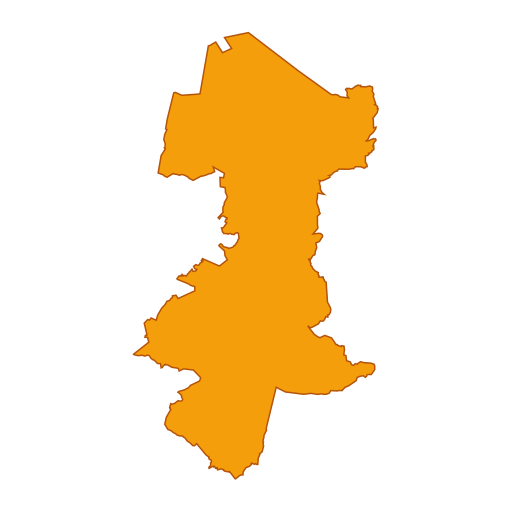 Tlaxco, Tlaxcala, Mexico, rotated 91°
{"feature_id": "50627088B58277069964164", "entity_name": "Tlaxco", "entity_type": "district", "adm_level": 2, "iso_a3": "MEX", "parent_name": "Mexico", "parent_adm1": "Tlaxcala", "projection": "albers", "projection_center": [-98.132, 19.62], "detail": "fine", "context": "isolated", "style": "filled", "palette": "amber", "viewbox_px": 512, "rotation_deg": 91, "n_neighbors": 0, "source": "geoboundaries", "source_scale": "gbopen_adm2", "svg_char_len": 6127}
<svg xmlns="http://www.w3.org/2000/svg" viewBox="0 0 512 512"><g transform="rotate(91 256 256)"><path d="M70.5,216.4L32.8,267.5L38.1,291.3L48.9,284.0L53.3,293.0L42.8,300.0L46.5,306.2L46.7,307.3L94.7,314.8L95.2,316.9L96.6,333.0L93.8,339.6L94.3,341.1L120.1,347.0L130.5,348.6L131.2,347.3L136.0,349.4L141.3,350.2L145.3,348.7L149.1,348.9L149.4,349.5L150.5,348.5L157.2,352.6L174.7,355.3L176.6,349.9L177.6,349.0L178.8,346.3L174.9,340.1L175.6,339.1L175.7,336.8L176.6,334.0L175.9,332.2L176.0,330.1L177.9,325.8L179.3,324.5L181.5,320.2L177.4,312.8L176.4,308.5L174.7,304.7L174.4,302.8L172.4,298.8L167.7,300.3L173.9,289.0L178.3,289.8L178.0,293.4L187.3,292.9L188.1,288.2L191.4,287.6L192.6,287.8L196.4,286.0L198.0,285.8L203.5,288.7L205.0,288.6L207.5,289.8L210.9,290.0L212.8,289.6L218.3,294.6L219.6,293.2L217.2,291.7L216.5,290.3L216.6,288.9L217.8,287.2L218.4,285.6L219.6,285.7L219.8,286.6L222.3,287.6L223.3,285.8L228.2,289.1L228.6,291.1L231.5,290.0L232.1,290.1L234.1,288.6L234.0,286.9L234.4,285.5L234.1,284.6L234.6,284.1L233.8,282.1L234.8,280.5L234.7,279.3L235.0,278.9L234.8,277.9L233.8,277.4L233.0,275.2L233.6,274.0L238.8,273.3L239.9,274.2L242.4,275.0L244.1,276.3L245.5,276.9L246.0,278.2L247.6,279.2L248.9,283.5L248.2,284.4L247.4,288.2L246.7,289.2L245.3,290.0L244.5,291.4L245.0,292.5L246.4,293.3L251.5,287.6L256.2,287.0L260.3,284.6L266.7,292.4L259.3,310.1L259.8,309.4L262.0,311.0L261.0,308.9L262.7,309.3L264.0,311.7L265.7,312.6L266.1,313.2L266.4,313.9L265.7,316.0L267.3,318.2L269.7,317.0L270.5,314.9L272.0,316.0L272.5,318.8L270.2,319.8L272.8,321.7L273.1,322.4L273.9,322.6L274.6,323.6L277.2,325.3L276.7,327.3L277.1,328.0L276.3,328.9L277.1,328.7L277.2,330.1L276.6,329.8L276.3,330.1L277.3,331.4L277.2,332.3L277.6,332.9L280.2,334.7L280.8,334.0L285.0,323.1L286.7,320.4L287.6,316.7L291.9,316.6L299.9,333.2L296.6,335.3L297.3,338.9L298.9,338.8L299.9,340.2L301.9,341.6L302.8,344.3L306.2,346.1L309.7,349.3L316.9,353.3L322.0,354.7L319.8,359.8L322.0,361.4L321.4,363.1L325.1,366.6L336.8,363.6L337.3,364.3L337.3,365.2L339.1,365.6L339.1,363.8L339.4,363.0L344.1,361.7L356.3,376.7L356.8,376.3L357.7,372.0L357.2,368.0L358.0,365.4L357.1,363.1L357.3,361.5L358.0,360.5L360.0,359.4L361.5,357.4L362.1,355.7L365.2,352.6L365.3,349.6L369.5,348.9L369.0,347.6L367.4,346.8L365.9,344.8L366.5,344.3L366.3,342.7L368.7,338.3L369.6,332.0L369.9,331.6L372.3,330.8L370.1,326.5L371.1,316.6L378.5,309.3L380.7,309.7L382.1,310.5L386.5,319.3L388.8,321.1L391.1,325.3L392.7,330.6L393.5,331.7L395.0,329.7L396.8,328.0L397.8,328.1L400.6,326.8L401.9,327.4L402.3,328.1L402.3,330.7L402.0,331.3L404.9,335.0L405.7,337.6L405.1,338.7L408.9,339.7L409.2,339.2L410.1,339.4L410.9,338.5L418.7,342.8L425.8,344.3L430.9,341.2L432.3,337.6L434.1,335.4L435.0,333.4L436.3,332.0L437.2,329.3L437.3,326.2L438.3,325.4L439.2,323.8L442.1,321.6L444.2,318.4L446.7,315.9L446.8,314.2L444.6,312.1L455.7,302.6L457.9,299.5L458.3,299.8L459.9,299.3L461.0,297.1L462.9,297.0L463.8,297.8L465.1,297.6L466.9,298.2L467.5,299.0L468.6,299.5L469.2,299.1L467.7,296.8L467.1,295.3L467.6,294.8L466.9,294.3L468.5,292.6L468.4,291.8L469.0,292.3L469.1,291.0L470.5,290.7L469.5,287.3L470.1,285.0L470.8,284.8L470.9,283.9L471.4,283.9L471.8,283.0L472.2,280.8L472.0,279.0L472.6,278.9L472.6,278.2L479.1,273.0L479.2,272.6L475.7,268.4L475.0,266.6L475.1,265.2L472.2,265.1L467.8,262.3L466.4,258.9L464.5,256.9L463.7,257.2L463.2,256.7L463.2,256.1L464.3,254.0L463.7,252.8L464.4,251.7L464.4,250.6L458.0,250.2L454.8,248.8L454.2,248.7L453.8,249.1L451.9,246.6L449.3,245.8L448.4,245.9L447.8,245.5L445.9,245.1L442.4,245.7L441.6,245.2L440.2,245.9L437.7,245.0L435.2,244.9L429.8,242.4L428.9,242.8L426.8,242.5L386.9,233.5L391.4,224.3L393.4,206.0L392.4,198.5L393.3,192.0L392.6,187.5L393.2,186.1L392.9,183.0L391.9,180.4L389.3,178.9L389.5,172.7L389.0,170.2L389.1,167.7L385.6,164.5L384.3,161.3L378.9,153.7L375.7,152.7L374.4,149.7L373.9,146.7L375.4,144.5L374.2,143.3L373.1,143.0L372.5,142.1L372.5,138.7L367.5,135.3L363.6,135.4L362.1,136.2L361.1,139.4L360.8,146.0L359.9,149.6L361.6,152.2L362.4,152.8L361.9,154.8L363.6,156.5L363.5,157.7L362.7,158.7L360.3,159.8L359.1,163.6L353.9,164.4L353.4,166.5L347.9,165.9L344.5,166.5L344.2,169.0L345.0,169.3L344.3,172.0L343.1,173.3L343.4,174.2L336.6,179.0L334.2,185.8L336.5,190.5L336.1,192.1L333.5,196.2L325.6,202.7L325.3,202.5L326.6,201.1L326.6,199.3L322.8,192.5L319.8,190.5L320.0,188.8L319.8,187.5L318.2,186.3L315.4,185.1L315.8,183.1L313.8,183.3L313.7,182.2L311.1,180.6L308.1,180.3L306.4,180.7L300.9,183.7L281.0,185.4L279.5,187.3L278.4,187.4L277.3,188.4L275.9,188.4L275.7,189.3L276.2,191.7L275.9,192.9L274.7,192.6L273.5,193.5L271.5,193.4L270.2,196.2L267.5,199.0L265.3,200.0L264.2,201.3L262.4,200.9L261.4,201.8L259.3,201.7L259.2,202.9L258.3,203.3L257.9,201.0L255.2,199.6L254.2,198.7L254.0,197.5L253.5,197.1L250.0,196.7L246.7,195.4L241.9,196.4L240.4,192.9L235.5,189.8L233.8,190.0L232.5,191.7L232.2,193.6L233.0,199.4L227.5,194.9L226.4,194.6L223.7,195.1L215.2,195.3L212.4,192.6L210.1,193.7L208.6,193.7L201.2,196.4L196.6,195.6L193.1,195.6L192.0,195.1L193.1,189.0L191.3,191.1L188.2,192.9L185.8,192.8L182.1,193.9L181.2,193.5L179.5,194.0L180.1,193.1L179.5,192.8L179.5,190.4L176.1,183.5L174.3,183.5L174.2,184.0L173.4,181.8L172.0,180.7L170.3,178.7L169.6,176.3L167.7,174.9L167.6,164.3L166.9,161.4L167.0,159.9L165.0,158.2L164.9,152.9L166.3,149.3L166.2,148.8L165.2,148.1L164.7,146.4L162.4,146.8L160.3,148.2L154.0,148.4L153.6,146.5L152.6,145.0L152.1,144.7L151.3,145.1L151.4,144.2L149.6,141.9L148.6,141.9L148.1,140.7L147.3,140.0L145.3,140.1L145.1,140.7L144.0,140.9L143.7,140.2L142.9,140.7L140.2,139.8L138.4,138.1L137.3,138.2L136.8,138.6L136.9,139.8L136.6,140.6L138.6,145.0L139.3,148.6L138.4,146.7L133.3,144.2L130.3,140.9L126.7,138.6L125.1,138.2L125.8,140.7L117.3,141.1L116.5,141.7L110.5,137.3L106.6,136.5L106.6,137.2L104.4,137.1L102.4,139.9L102.0,138.9L94.6,141.5L92.0,141.0L89.2,142.6L88.5,142.7L87.3,142.2L85.1,142.5L84.0,145.3L85.0,149.4L84.8,154.3L83.6,154.2L83.7,156.1L83.4,156.9L83.4,157.5L84.3,158.4L84.4,159.3L87.4,163.0L86.8,165.7L86.9,167.4L87.3,167.6L86.8,168.3L88.0,169.4L90.6,167.6L94.1,167.8L96.3,166.1L95.4,174.7L93.8,176.7L93.1,179.5L93.4,181.2L93.3,183.5L70.5,216.4Z" fill="#f59e0b" stroke="#b45309" stroke-width="1.5"/></g></svg>